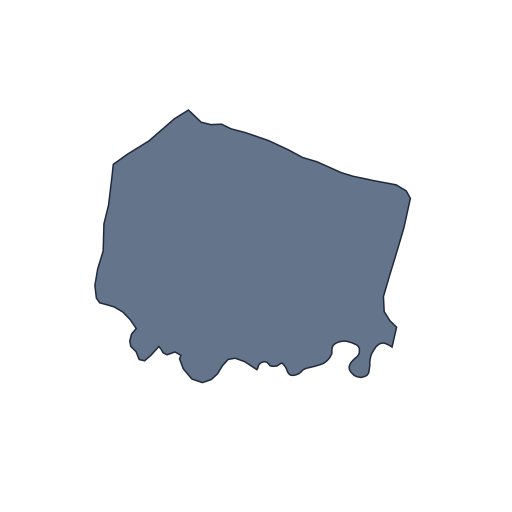 Aguas Corrientes, Canelones, Uruguay (Natural Earth projection), rotated 229°
{"feature_id": "84410073B95258076060136", "entity_name": "Aguas Corrientes", "entity_type": "district", "adm_level": 2, "iso_a3": "URY", "parent_name": "Uruguay", "parent_adm1": "Canelones", "projection": "natural_earth1", "projection_center": [-56.387, -34.527], "detail": "fine", "context": "isolated", "style": "filled", "palette": "slate", "viewbox_px": 512, "rotation_deg": 229, "n_neighbors": 0, "source": "geoboundaries", "source_scale": "gbopen_adm2", "svg_char_len": 2175}
<svg xmlns="http://www.w3.org/2000/svg" viewBox="0 0 512 512"><g transform="rotate(229 256 256)"><path d="M410.5,300.8L411.7,293.3L413.1,284.4L413.1,250.8L417.2,225.6L418.8,208.4L410.7,199.7L391.3,178.3L380.0,162.3L360.0,143.9L350.1,128.0L339.4,115.0L328.9,107.9L323.2,107.3L317.6,111.1L310.7,115.5L301.2,118.7L290.3,119.3L279.8,118.0L278.8,110.9L274.7,105.0L270.0,102.2L262.4,102.7L254.5,99.9L250.0,103.2L250.0,111.6L251.4,123.3L248.6,123.3L243.8,122.4L239.8,124.1L236.7,131.9L230.3,134.2L228.5,130.8L218.6,127.1L205.2,126.9L195.6,132.5L192.1,141.1L192.3,149.5L195.2,158.8L196.2,167.2L192.5,173.2L183.6,178.2L169.6,182.1L170.3,184.0L171.2,185.2L171.7,186.0L172.3,188.2L171.9,190.9L170.7,193.1L168.6,194.5L166.1,194.7L164.1,194.6L162.6,195.5L160.8,197.4L159.1,200.0L158.9,202.3L158.6,204.2L158.1,205.4L156.5,205.5L154.4,205.6L152.5,205.3L150.9,204.9L148.9,204.2L147.4,203.7L145.2,203.5L143.5,203.9L142.0,205.1L140.7,207.0L139.7,209.1L139.0,211.5L139.0,213.8L139.2,216.4L138.6,219.4L137.2,222.3L135.5,225.5L133.8,228.8L132.7,231.4L131.9,233.2L131.2,234.9L130.5,237.5L130.4,240.1L130.5,242.4L130.9,245.0L131.5,246.5L132.3,248.7L133.4,250.1L135.0,251.3L136.2,252.6L137.0,253.6L137.7,255.2L138.0,256.9L137.8,258.8L137.5,260.1L136.8,262.1L136.1,263.2L135.3,265.0L134.3,266.1L133.3,267.3L132.3,268.4L130.9,269.3L129.3,270.3L128.0,271.2L126.2,272.1L124.1,273.1L122.6,273.7L120.4,273.9L118.4,273.3L116.7,271.9L115.3,270.6L114.3,268.9L113.7,266.8L113.8,264.3L113.7,261.1L113.3,257.9L112.4,255.4L111.0,253.3L109.0,252.0L106.8,251.5L104.2,251.5L101.4,251.7L99.0,252.9L97.1,254.2L95.1,256.0L94.1,258.4L93.4,260.0L93.2,261.8L93.8,264.2L95.1,265.9L96.7,267.7L98.7,270.1L100.6,271.7L102.7,273.8L105.1,276.9L106.7,279.9L107.9,283.8L108.8,287.2L108.8,289.6L108.7,291.5L107.6,293.8L106.5,295.3L105.1,296.2L102.9,297.3L101.2,298.0L100.6,298.2L98.0,298.9L110.0,315.4L119.4,314.6L130.0,316.3L141.8,325.6L154.3,345.1L168.2,367.3L180.3,386.2L198.2,410.3L206.5,412.1L217.7,408.5L235.9,394.1L252.6,381.5L263.0,375.0L286.8,364.0L299.8,355.8L314.6,350.2L334.9,341.2L356.0,329.0L368.5,320.5L378.1,316.5L384.7,308.2L392.9,302.4L410.5,300.8Z" fill="#64748b" stroke="#1e293b" stroke-width="1.5"/></g></svg>